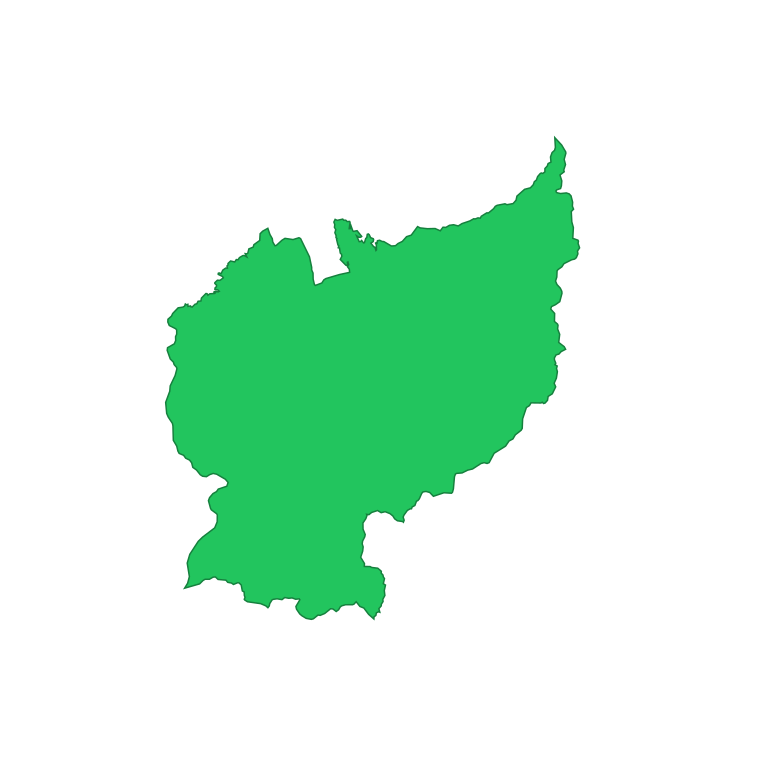 Prado, Tolima, Colombia (orthographic projection), rotated 328°
{"feature_id": "7082276B50154878845236", "entity_name": "Prado", "entity_type": "district", "adm_level": 2, "iso_a3": "COL", "parent_name": "Colombia", "parent_adm1": "Tolima", "projection": "orthographic", "projection_center": [-74.869, 3.724], "detail": "fine", "context": "isolated", "style": "filled", "palette": "green", "viewbox_px": 768, "rotation_deg": 328, "n_neighbors": 0, "source": "geoboundaries", "source_scale": "gbopen_adm2", "svg_char_len": 6171}
<svg xmlns="http://www.w3.org/2000/svg" viewBox="0 0 768 768"><g transform="rotate(328 384 384)"><path d="M659.4,265.6L654.7,274.2L652.5,276.2L649.2,276.8L645.5,279.7L643.2,284.3L640.0,284.0L637.9,285.7L634.7,286.5L632.8,289.4L630.3,289.6L629.2,288.4L628.0,288.3L624.2,289.5L621.3,291.8L618.7,292.1L616.2,294.1L612.1,295.2L606.4,293.4L596.3,295.1L593.4,298.1L589.1,299.4L583.3,297.1L582.1,295.3L574.6,292.4L572.5,292.3L569.9,293.4L563.3,294.3L561.8,293.3L555.4,293.3L553.5,294.4L551.7,292.9L548.9,292.4L547.6,291.4L543.2,291.2L535.2,289.3L530.7,289.3L527.4,285.8L523.6,284.1L519.5,284.0L517.1,282.3L512.9,283.9L509.7,279.2L503.1,275.3L497.3,270.7L495.9,268.3L486.0,272.2L481.2,271.0L475.1,272.8L470.4,272.3L467.0,272.8L463.4,270.9L459.3,263.1L457.9,262.1L456.5,259.8L454.4,259.0L452.7,260.9L452.3,260.0L451.5,260.0L451.2,262.0L448.7,266.3L447.9,266.5L448.8,263.2L448.0,262.1L447.5,257.6L450.3,257.5L451.8,255.9L451.9,255.1L450.2,252.8L450.6,249.5L450.2,248.4L449.1,248.2L447.0,250.7L445.6,250.9L442.3,253.8L441.4,253.5L441.1,250.4L439.7,250.8L438.4,250.1L439.3,243.8L440.4,246.2L442.1,247.2L443.3,247.0L442.4,239.7L439.0,238.4L438.7,237.6L440.1,231.3L439.2,231.6L437.8,234.4L436.8,233.8L440.9,228.9L441.0,227.9L438.8,226.7L438.4,224.9L436.5,223.6L436.4,222.3L431.0,220.4L429.8,218.5L427.3,220.1L426.7,222.8L425.0,224.8L424.9,227.5L422.5,229.7L422.0,232.8L420.8,234.5L421.2,235.7L420.4,236.3L418.6,241.7L418.9,242.8L417.4,244.2L418.3,245.1L416.3,249.8L416.7,251.4L416.0,253.3L412.9,255.2L414.6,263.0L415.2,263.6L416.5,263.5L417.4,261.3L418.1,261.4L417.3,264.1L415.2,265.1L415.4,268.3L414.0,271.1L404.3,267.6L390.6,263.8L388.2,263.8L384.8,265.4L377.9,264.0L377.8,262.4L379.5,257.5L382.6,252.3L383.1,249.0L384.5,246.7L388.2,236.6L390.3,216.5L389.4,214.9L383.4,213.3L377.2,208.0L373.6,208.0L366.2,209.4L364.8,209.0L364.9,204.7L366.3,201.5L366.5,196.7L368.0,190.4L362.1,190.1L358.6,190.9L354.7,196.4L347.5,196.9L345.6,198.6L341.0,197.8L337.8,200.9L336.6,200.9L335.4,199.9L335.0,203.6L333.5,200.9L332.2,200.3L328.4,200.2L326.1,201.3L324.7,200.2L322.1,201.4L319.1,198.4L315.6,199.1L314.9,200.3L313.4,200.7L312.6,202.8L311.1,201.8L307.6,202.0L304.4,204.1L303.0,202.4L302.1,202.3L301.5,203.2L304.0,207.2L304.0,208.8L299.9,209.2L297.7,207.7L294.3,208.4L293.8,209.1L294.4,211.4L293.4,212.7L291.8,212.9L290.8,214.0L292.9,216.1L293.4,218.1L292.1,218.0L290.4,216.1L288.9,215.7L288.5,216.0L289.3,217.3L288.4,217.5L284.1,215.2L281.7,215.4L281.8,213.6L280.9,212.9L274.7,214.4L272.7,216.6L270.2,215.3L267.7,216.8L266.1,216.2L262.1,217.1L261.1,216.1L261.3,215.3L258.8,214.3L259.9,212.5L258.3,212.0L257.9,210.9L256.1,212.3L254.1,212.2L249.8,210.3L242.2,212.2L239.8,213.8L235.1,214.6L233.5,216.9L232.9,220.6L236.6,226.7L236.8,228.3L234.6,231.9L232.3,233.4L230.4,236.7L227.5,238.8L219.7,238.5L218.0,240.5L216.0,249.5L217.0,253.9L216.3,256.3L216.9,260.0L216.4,261.4L211.4,266.1L201.7,272.3L198.5,276.6L189.1,283.9L184.1,293.8L183.5,297.8L183.7,305.3L182.8,307.7L175.5,320.1L175.3,326.9L173.7,331.6L173.5,334.3L176.3,338.3L176.5,341.8L178.8,345.5L179.1,348.9L177.7,353.4L179.4,357.5L180.1,363.6L181.3,366.1L184.3,368.5L188.2,368.5L191.7,369.3L194.3,371.8L199.0,380.7L199.6,384.9L196.5,387.4L187.8,385.3L184.9,386.5L180.9,386.3L175.9,387.9L173.3,389.9L171.0,397.5L170.9,399.2L173.3,405.3L173.3,406.6L169.5,412.5L164.2,416.3L149.1,417.7L143.1,419.0L129.1,425.5L122.2,431.6L116.9,444.2L111.9,448.9L106.7,451.5L121.7,455.8L126.5,454.7L128.8,454.8L132.5,457.1L136.6,457.2L138.8,458.3L139.7,461.8L146.0,466.6L146.4,469.4L149.2,472.0L150.1,474.2L154.6,475.0L155.7,475.9L156.4,478.8L154.2,484.4L155.2,486.3L153.5,489.3L153.1,491.3L151.4,492.5L151.4,493.3L152.8,496.3L163.0,504.9L166.2,509.5L167.0,512.2L169.1,511.4L170.7,509.7L174.6,507.8L175.9,507.9L179.5,509.5L183.2,512.8L186.7,512.5L189.6,515.2L192.7,516.7L195.0,519.7L198.3,521.3L198.3,522.4L191.4,526.0L190.5,528.6L190.7,534.3L191.5,536.9L193.8,541.5L197.7,545.1L199.7,545.7L205.6,545.0L207.3,546.4L212.1,547.2L219.6,546.3L221.5,547.8L222.9,551.6L225.9,551.4L228.7,549.9L230.5,549.7L234.4,550.8L240.4,554.5L241.8,554.8L245.0,553.9L245.7,559.9L248.2,563.3L248.9,571.2L250.9,577.9L252.2,576.1L254.4,576.0L256.3,574.0L258.7,574.3L259.5,575.3L260.6,571.8L264.1,570.7L265.1,569.3L267.9,568.0L268.9,566.0L272.7,563.8L274.8,559.3L278.7,555.3L277.6,553.0L281.3,549.3L281.2,547.3L281.9,545.4L281.4,542.9L282.5,541.4L281.1,536.9L276.4,533.1L275.4,531.4L270.6,528.3L272.3,525.9L272.4,518.6L277.4,514.4L280.0,511.1L280.8,508.0L282.7,505.8L286.7,503.4L288.3,501.7L289.3,496.0L292.5,490.7L297.2,488.6L300.0,486.4L300.2,485.3L301.9,486.8L305.5,486.4L311.5,487.9L313.4,491.6L317.3,492.9L320.4,497.1L321.6,500.6L321.6,504.0L322.9,507.1L326.9,510.5L327.2,511.5L328.9,510.2L329.7,507.0L331.6,505.7L336.8,503.6L339.9,503.7L341.2,504.4L342.7,503.2L345.8,503.4L349.4,500.6L351.0,500.8L353.1,500.1L358.1,496.7L360.0,496.2L362.7,497.4L365.3,500.2L366.4,505.4L377.2,508.0L383.4,512.4L384.7,512.1L387.3,509.7L394.6,500.0L396.9,498.2L398.3,498.3L403.1,500.8L409.3,501.4L414.1,503.0L424.0,502.8L427.3,503.8L429.3,506.0L431.5,506.4L440.7,501.1L454.2,501.1L459.9,498.6L464.2,498.9L468.4,496.7L475.8,495.9L477.7,494.9L483.1,487.0L492.3,479.4L495.9,479.4L498.7,477.9L507.1,483.3L508.5,483.3L509.0,485.1L510.6,485.5L514.0,484.5L516.6,481.5L521.5,481.5L528.1,477.4L528.7,473.5L533.3,470.4L537.6,465.4L538.5,462.3L540.4,460.5L539.2,458.2L540.7,457.4L541.3,454.0L542.3,452.2L545.4,450.5L548.2,451.3L551.4,450.4L556.4,450.8L556.6,447.9L554.2,441.3L559.3,435.0L560.4,429.3L562.7,426.4L562.9,425.1L561.7,421.3L566.1,414.6L565.1,408.8L567.1,407.1L571.4,407.6L576.7,407.3L583.0,401.4L583.9,399.6L584.3,396.1L583.4,391.3L584.0,387.6L587.2,384.9L590.7,379.8L592.1,379.2L596.9,378.9L600.4,377.3L609.0,378.1L611.9,379.1L614.0,378.8L617.4,376.4L618.5,373.8L622.0,372.2L623.1,367.6L624.6,365.9L624.7,364.8L621.3,360.5L627.5,351.7L629.2,346.0L634.2,337.0L637.4,336.2L638.0,333.0L640.3,329.8L642.3,323.6L641.8,320.9L639.9,318.6L634.6,316.0L632.0,313.4L631.8,312.3L632.3,311.2L633.5,310.9L637.3,311.8L639.5,309.9L642.4,306.0L644.0,300.0L649.3,299.5L649.8,297.8L654.2,294.1L655.8,289.0L660.5,284.7L661.1,283.4L661.3,275.5L659.4,265.6Z" fill="#22c55e" stroke="#15803d" stroke-width="1.5"/></g></svg>